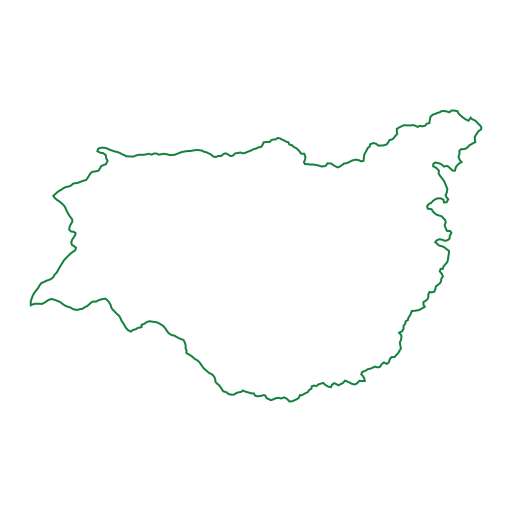 the district of São João da Ponte, Minas Gerais, Brazil
{"feature_id": "56859067B41179975057544", "entity_name": "São João da Ponte", "entity_type": "district", "adm_level": 2, "iso_a3": "BRA", "parent_name": "Brazil", "parent_adm1": "Minas Gerais", "projection": "albers", "projection_center": [-43.884, -15.912], "detail": "fine", "context": "isolated", "style": "outline", "palette": "green", "viewbox_px": 512, "rotation_deg": 0, "n_neighbors": 0, "source": "geoboundaries", "source_scale": "gbopen_adm2", "svg_char_len": 6043}
<svg xmlns="http://www.w3.org/2000/svg" viewBox="0 0 512 512"><path d="M457.3,165.2L459.0,163.6L461.5,162.1L459.6,159.8L458.5,156.8L459.5,154.0L459.3,151.0L461.2,149.1L463.5,149.2L465.8,148.6L467.7,147.2L469.5,145.2L475.3,142.1L474.9,139.6L474.8,136.8L476.6,133.9L478.4,131.3L481.1,129.3L481.3,127.1L480.1,125.4L478.0,123.6L476.5,121.7L474.5,120.2L472.1,119.2L470.7,117.7L468.5,120.7L465.7,119.4L462.0,116.8L459.9,114.9L458.3,113.2L457.5,111.2L454.5,110.6L451.4,110.5L449.4,112.3L446.5,111.4L443.6,111.0L441.4,111.2L439.3,112.5L437.2,112.9L435.4,113.9L433.1,114.5L430.6,116.5L430.1,118.6L429.3,123.1L426.6,123.8L425.3,125.6L422.6,126.4L420.1,125.8L417.6,126.9L415.0,125.6L412.7,125.1L410.5,125.4L407.2,125.4L404.0,125.2L399.0,127.5L396.8,129.0L396.8,131.4L397.2,134.0L395.7,135.5L394.3,137.4L392.6,139.2L389.5,140.1L388.2,142.5L386.5,144.5L383.5,145.4L378.3,145.6L376.4,143.9L373.4,143.0L370.1,144.3L369.7,146.5L367.7,148.1L366.4,150.8L364.6,153.9L364.0,156.1L363.8,158.8L363.5,160.9L361.1,161.3L359.0,160.3L356.6,159.7L354.5,159.9L352.2,160.5L347.1,163.1L344.1,163.5L339.8,166.6L337.7,167.4L333.5,165.3L331.4,163.6L327.5,163.3L325.9,165.7L323.9,166.3L321.4,166.5L318.6,165.5L313.3,164.5L310.0,164.5L307.1,164.1L305.0,164.1L303.9,162.2L305.1,159.6L305.4,156.8L304.2,153.8L301.0,153.6L299.2,150.9L296.4,148.3L293.7,146.9L292.0,145.2L289.4,144.6L288.5,142.4L286.2,141.7L284.0,140.4L281.9,139.5L279.9,138.3L277.6,138.0L275.7,139.4L273.4,139.5L271.2,140.2L269.6,142.0L267.2,141.9L263.7,142.3L262.5,145.0L261.1,147.0L258.3,147.4L255.9,148.6L253.5,149.2L251.1,150.5L247.8,151.7L244.7,153.1L242.3,153.3L240.4,152.5L235.0,153.5L233.0,155.6L230.6,156.1L228.3,154.6L225.6,153.3L223.5,154.0L221.1,156.0L218.2,156.0L215.9,157.0L213.4,156.6L211.1,154.6L206.2,152.2L203.8,151.7L202.1,150.6L196.9,149.9L190.0,151.0L186.9,151.1L181.8,152.0L174.9,154.7L172.1,155.0L169.9,155.1L167.1,154.3L163.5,153.8L158.9,154.7L156.8,153.6L154.1,153.5L151.5,154.6L148.9,153.8L143.9,154.8L138.8,154.8L135.8,155.6L133.4,156.6L126.3,156.3L124.0,155.0L122.2,154.3L119.7,152.9L117.2,152.0L114.6,151.4L111.3,150.3L105.4,147.9L102.5,147.6L100.0,148.0L98.1,148.8L97.4,151.2L100.4,152.8L103.1,153.1L105.7,155.0L106.2,158.1L107.6,160.8L105.9,164.2L103.2,165.2L101.0,166.3L100.0,168.4L98.3,170.8L95.9,171.3L92.2,171.8L90.3,173.6L87.6,177.9L85.9,180.2L83.6,180.6L79.3,182.3L77.2,183.0L74.9,183.2L72.9,183.8L71.2,185.4L69.1,186.4L65.9,187.0L63.4,188.2L61.6,189.6L59.4,190.7L57.7,191.9L53.3,195.8L54.6,197.8L56.6,199.6L60.3,202.1L63.7,205.2L65.2,207.4L66.4,210.4L69.1,215.3L72.1,219.3L72.4,221.4L69.7,226.3L69.2,229.6L71.0,231.5L73.7,231.8L75.6,233.1L75.1,235.3L72.2,239.6L71.2,242.5L72.0,244.9L74.0,246.1L76.0,247.8L75.3,250.2L70.3,253.7L64.3,259.9L60.8,265.3L56.7,272.6L54.5,274.8L53.5,276.8L52.1,278.3L50.0,279.5L46.0,280.9L43.8,282.1L41.5,283.0L39.5,285.4L38.4,287.6L34.0,293.3L32.7,295.8L31.6,298.7L30.7,301.6L30.8,305.2L32.9,304.3L35.6,303.7L42.2,303.9L44.4,302.7L46.7,301.1L48.8,299.8L51.4,299.0L54.7,299.8L60.3,302.1L62.5,303.9L65.3,305.8L67.6,306.7L70.3,307.4L72.4,308.8L74.8,309.6L77.5,309.9L80.0,309.1L82.5,308.8L84.6,307.3L87.3,306.0L91.5,302.3L93.4,301.5L96.0,301.6L99.1,300.0L102.7,299.0L105.3,298.7L107.2,300.1L109.1,302.3L110.6,304.9L111.2,307.3L112.3,309.2L117.1,314.1L119.3,316.0L120.6,318.5L121.7,321.1L123.1,322.9L124.5,325.3L125.9,327.8L128.1,330.2L130.9,331.6L132.9,329.9L135.5,329.4L137.9,327.9L141.5,327.2L141.6,324.8L144.5,323.7L146.8,322.0L149.8,321.2L152.9,321.8L155.4,322.0L158.0,322.8L160.5,324.2L163.1,325.9L165.4,328.5L167.5,331.8L169.5,333.8L171.8,335.1L174.4,335.6L176.8,337.1L179.8,338.6L183.5,340.0L184.8,342.5L185.6,345.2L185.6,348.3L186.5,350.7L186.5,353.2L189.2,354.6L192.1,356.5L194.7,358.9L197.3,360.3L199.4,362.2L203.5,368.1L208.9,372.8L212.5,374.7L214.3,377.0L215.2,379.2L215.5,381.9L217.1,383.7L218.9,385.0L221.7,388.8L223.2,391.3L226.3,392.2L228.6,394.1L231.5,394.7L234.3,394.5L236.0,393.2L238.3,392.4L241.1,391.9L243.0,390.5L245.3,391.6L251.6,393.4L253.8,393.4L255.1,395.7L257.6,396.3L261.4,395.8L264.1,395.0L265.9,396.3L266.7,398.3L268.6,399.0L270.7,400.2L273.2,399.4L276.2,398.1L278.9,397.8L281.1,398.5L284.2,397.4L287.2,399.0L289.4,401.5L292.6,401.2L295.2,399.9L297.5,398.9L299.0,397.6L299.8,395.2L301.7,395.3L305.8,393.0L307.7,392.2L309.2,390.0L311.5,388.6L311.7,386.4L314.0,385.5L316.5,386.1L318.4,384.4L323.3,382.9L325.3,384.9L328.3,386.7L331.0,387.1L332.1,384.6L334.3,383.1L338.5,385.3L343.2,382.8L345.0,380.6L348.6,382.1L351.8,383.8L354.7,384.5L357.0,383.4L359.4,380.8L362.4,381.1L364.8,380.9L364.3,378.6L363.1,376.3L361.3,374.4L362.0,372.2L365.4,370.7L367.8,369.2L370.4,368.7L375.0,366.6L377.5,367.4L379.8,367.0L381.7,364.2L383.9,362.4L386.8,363.9L389.0,362.2L389.9,358.8L391.8,357.0L394.3,357.2L398.4,352.8L399.5,350.7L400.9,348.6L399.8,342.5L401.0,339.8L401.4,337.7L401.4,335.4L399.1,332.7L402.1,331.3L403.6,328.6L403.5,325.9L405.3,323.6L405.7,321.2L407.8,320.2L408.4,317.7L409.9,315.5L410.9,313.5L411.8,311.0L415.4,310.7L419.0,310.1L424.8,306.8L423.4,304.5L423.4,302.1L425.9,300.7L427.5,299.1L428.4,297.0L428.2,294.8L429.5,291.9L431.5,292.4L434.1,291.9L435.3,289.5L435.9,286.4L439.9,283.3L441.0,281.3L441.4,278.5L442.9,276.5L441.7,273.7L439.7,271.3L440.7,268.8L442.7,269.0L443.6,266.3L447.3,262.0L448.0,259.1L448.8,253.7L449.1,251.0L446.5,249.1L444.2,247.2L441.8,246.2L439.0,245.5L435.2,242.1L437.0,240.2L439.7,239.2L442.7,239.9L444.8,240.8L447.4,240.3L449.5,238.7L449.8,235.9L451.4,232.8L450.1,231.0L447.0,230.9L445.5,227.8L444.6,225.1L445.8,222.3L445.1,219.9L443.6,218.5L441.8,216.4L439.5,215.6L437.0,214.9L434.6,213.2L433.0,211.5L431.5,209.2L427.8,208.7L427.1,206.2L428.9,203.9L431.1,203.0L432.9,201.0L435.5,199.1L437.6,198.4L440.6,198.3L443.4,199.7L444.0,202.5L446.7,202.2L448.2,199.3L446.4,197.2L445.6,195.3L447.0,191.9L447.3,188.9L445.5,184.4L444.4,181.7L443.1,179.7L439.9,175.6L438.7,173.6L438.9,170.7L436.3,167.9L433.1,166.3L433.4,163.8L435.3,162.5L438.0,163.0L440.4,163.8L442.3,165.0L444.0,166.6L446.8,165.9L448.6,166.8L452.7,170.7L454.9,170.7L455.8,167.3L457.3,165.2Z" fill="none" stroke="#15803d" stroke-width="2"/></svg>